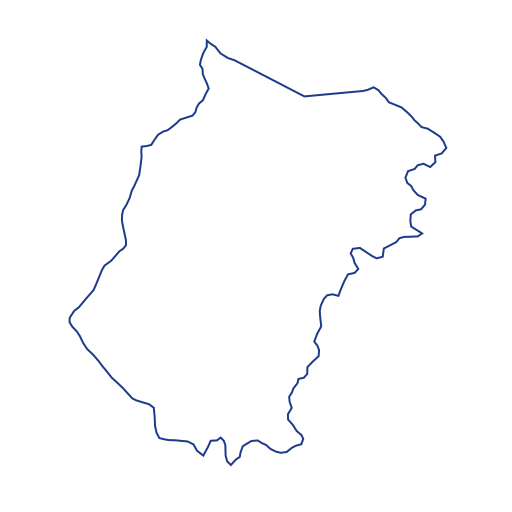 outline of Ipuã, São Paulo, Brazil, rotated 95°
{"feature_id": "56859067B38100119221339", "entity_name": "Ipuã", "entity_type": "district", "adm_level": 2, "iso_a3": "BRA", "parent_name": "Brazil", "parent_adm1": "São Paulo", "projection": "mercator", "projection_center": [-48.055, -20.411], "detail": "fine", "context": "isolated", "style": "outline", "palette": "blue", "viewbox_px": 512, "rotation_deg": 95, "n_neighbors": 0, "source": "geoboundaries", "source_scale": "gbopen_adm2", "svg_char_len": 2617}
<svg xmlns="http://www.w3.org/2000/svg" viewBox="0 0 512 512"><g transform="rotate(95 256 256)"><path d="M45.6,323.8L52.0,323.3L58.1,326.1L65.3,328.0L70.5,328.5L74.2,325.6L79.6,324.8L83.8,322.6L88.3,320.0L93.3,317.7L98.8,320.2L105.4,322.4L109.1,326.1L113.1,328.0L118.1,329.0L121.7,331.5L124.3,337.7L126.7,343.5L130.2,346.4L134.4,350.6L138.4,355.0L140.3,359.6L143.8,364.2L150.1,367.8L154.4,370.0L156.0,374.4L157.0,379.4L161.7,379.4L167.1,378.6L176.6,378.9L181.2,379.2L185.4,379.4L196.4,383.2L201.9,385.5L209.2,386.9L216.2,389.5L221.7,392.3L226.6,393.0L232.1,392.7L237.7,391.2L251.4,387.0L256.5,386.4L260.4,389.0L263.0,392.3L273.3,399.8L278.7,406.0L283.5,408.3L291.4,410.7L298.0,412.8L304.2,414.9L313.2,421.5L322.4,427.9L326.6,432.4L333.8,436.2L338.2,436.0L342.6,432.7L346.9,427.8L351.4,424.3L357.6,420.7L363.3,416.2L368.5,409.7L374.7,403.3L379.3,399.3L382.4,396.1L389.9,389.0L393.2,384.6L399.0,377.3L408.6,366.9L410.2,362.9L411.5,356.9L413.0,349.6L416.1,344.6L425.9,342.8L433.9,341.8L440.7,339.7L445.8,336.4L446.6,331.3L447.0,326.9L446.6,320.3L446.7,314.4L446.7,308.0L449.1,301.9L455.2,297.7L459.4,291.1L455.2,289.3L450.9,287.4L444.0,285.0L443.1,278.8L440.0,275.4L442.7,272.1L446.8,270.1L453.0,269.4L457.8,268.8L463.1,266.8L466.4,262.8L460.5,258.3L457.6,254.7L453.0,254.3L446.7,252.6L443.5,248.4L440.7,244.5L439.6,238.2L442.0,233.6L443.3,229.5L446.8,225.0L449.1,219.2L449.9,214.2L448.6,208.4L444.0,203.6L441.6,199.9L439.6,194.5L434.1,193.0L430.4,195.1L426.8,200.2L420.9,204.7L416.1,209.8L410.8,210.4L404.2,207.2L398.3,209.8L393.4,210.7L388.8,208.3L384.6,207.2L379.1,203.6L374.8,203.0L373.0,197.6L369.0,194.7L362.2,195.1L356.3,190.3L350.3,184.9L344.6,184.9L340.4,186.7L336.1,190.5L327.9,188.2L320.5,184.9L309.8,187.0L305.2,187.7L300.0,187.2L292.7,184.6L288.9,181.6L287.5,176.5L288.5,170.4L282.8,168.9L273.6,165.9L266.3,162.8L264.2,156.2L260.0,153.0L254.2,157.2L249.2,159.1L245.2,161.9L240.4,160.2L238.9,153.2L245.8,140.6L247.8,135.7L245.7,129.7L237.4,129.3L230.0,117.6L225.7,114.6L224.1,110.1L222.4,96.5L219.0,92.5L215.3,99.8L213.1,104.0L207.8,105.3L201.0,105.4L196.6,100.7L195.1,95.6L190.0,92.1L184.1,92.0L181.1,100.2L176.8,104.9L172.7,107.5L170.2,111.5L165.0,114.0L158.2,111.9L155.5,105.6L151.5,102.8L149.5,97.2L152.2,90.2L146.9,85.5L140.4,86.4L137.7,80.1L131.8,75.8L125.8,79.1L121.2,82.9L117.9,88.8L114.2,96.0L113.1,102.4L109.8,106.1L107.0,109.9L103.8,112.9L100.1,117.3L95.3,124.0L92.7,132.4L91.3,137.0L87.2,140.5L83.4,145.4L80.2,148.4L77.7,153.5L80.8,159.3L82.3,163.8L83.6,171.1L92.8,221.7L62.9,294.4L61.2,301.3L57.3,309.0L51.1,314.8L48.5,319.8L45.6,323.8Z" fill="none" stroke="#1e3a8a" stroke-width="2"/></g></svg>